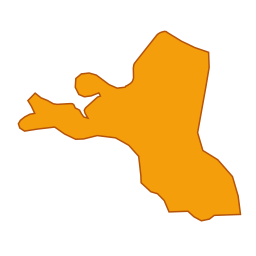 outline of Dubréka, rotated 88°
{"feature_id": "GIN-5635", "entity_name": "Dubréka", "entity_type": "Prefecture", "adm_level": 1, "iso_a3": "GIN", "parent_name": "Guinea", "parent_adm1": "", "projection": "mercator", "projection_center": [-13.586, 9.952], "detail": "fine", "context": "isolated", "style": "filled", "palette": "amber", "viewbox_px": 256, "rotation_deg": 88, "n_neighbors": 0, "source": "natural_earth", "source_scale": "10m", "svg_char_len": 1205}
<svg xmlns="http://www.w3.org/2000/svg" viewBox="0 0 256 256"><g transform="rotate(88 128 128)"><path d="M89.9,219.6L94.8,213.9L97.7,207.5L101.2,201.8L101.9,198.0L101.6,184.2L101.9,182.5L103.0,181.3L106.2,180.0L106.9,178.5L108.5,175.8L112.0,174.1L115.4,171.9L116.7,167.7L111.7,170.4L108.7,171.1L106.4,169.7L96.0,157.3L95.2,154.5L94.2,154.8L93.5,155.1L91.9,156.0L94.6,163.6L95.3,170.5L92.8,175.9L85.4,179.3L76.7,178.4L72.3,172.7L71.7,164.9L74.0,157.8L84.0,145.4L87.8,137.4L87.1,129.5L85.8,128.4L85.9,128.0L83.6,124.0L81.6,122.0L79.2,121.0L77.8,120.7L68.4,120.6L65.6,120.1L64.4,119.7L63.3,119.0L36.1,95.9L35.0,94.6L34.1,93.0L33.4,91.3L32.7,88.2L33.0,86.5L34.0,85.3L43.1,71.6L49.9,58.6L55.2,44.8L70.3,44.8L88.9,48.6L135.1,58.6L153.1,54.0L162.9,39.4L180.2,25.3L199.8,20.3L218.3,18.6L218.3,44.8L221.9,49.9L223.3,57.9L219.0,65.2L213.3,71.0L213.3,89.9L201.8,94.3L194.7,100.8L192.5,107.4L183.2,116.8L176.1,116.8L156.7,118.3L145.3,127.8L137.4,140.8L134.5,159.0L137.4,172.8L137.4,180.8L131.7,191.7L124.5,201.2L125.9,218.6L127.5,231.5L124.3,236.1L119.9,237.4L116.6,235.3L113.3,230.8L110.8,225.5L110.1,220.7L102.9,223.8L97.1,227.1L89.9,219.6L89.9,219.6Z" fill="#f59e0b" stroke="#b45309" stroke-width="1.5"/></g></svg>